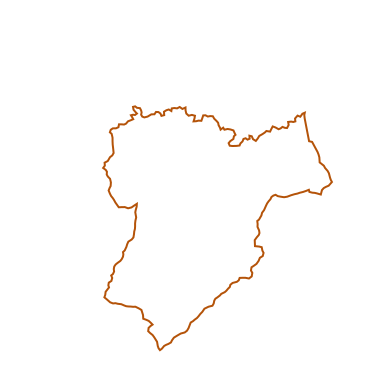 outline of São Pedro do Turvo, São Paulo, Brazil, rotated 226°
{"feature_id": "56859067B64478700052962", "entity_name": "São Pedro do Turvo", "entity_type": "district", "adm_level": 2, "iso_a3": "BRA", "parent_name": "Brazil", "parent_adm1": "São Paulo", "projection": "orthographic", "projection_center": [-49.764, -22.69], "detail": "fine", "context": "isolated", "style": "outline", "palette": "amber", "viewbox_px": 384, "rotation_deg": 226, "n_neighbors": 0, "source": "geoboundaries", "source_scale": "gbopen_adm2", "svg_char_len": 4038}
<svg xmlns="http://www.w3.org/2000/svg" viewBox="0 0 384 384"><g transform="rotate(226 192 192)"><path d="M145.2,72.9L142.3,73.7L137.5,71.3L134.7,68.9L131.9,70.3L129.4,71.3L126.4,71.5L124.0,71.5L124.4,69.1L124.4,66.4L122.3,63.8L119.6,63.9L116.5,64.3L113.7,63.9L108.5,62.8L105.0,60.4L102.8,59.4L100.5,59.1L100.2,61.4L100.6,65.0L100.0,67.3L99.1,69.5L98.4,72.4L99.2,74.5L99.8,77.8L99.0,81.5L98.0,85.6L96.0,89.2L95.7,92.1L96.5,95.0L98.1,98.4L99.0,100.4L98.4,103.0L98.3,105.2L97.9,108.1L98.1,110.6L98.5,113.1L98.6,116.1L99.4,119.9L98.0,124.2L96.0,127.7L96.7,130.1L98.4,132.6L99.0,134.7L98.6,136.8L98.2,140.2L98.4,142.3L97.2,146.0L97.1,148.1L97.4,150.9L97.4,153.2L98.6,155.1L98.4,158.0L96.2,161.9L96.0,164.3L97.1,166.6L95.4,168.5L93.2,170.8L90.2,172.9L89.8,176.3L91.9,179.2L94.6,179.9L96.5,182.5L96.0,185.1L95.5,188.4L96.2,192.1L97.5,195.1L96.8,198.4L98.5,201.2L100.9,201.9L103.9,203.8L106.1,202.4L109.3,199.7L112.0,202.1L113.8,203.7L114.4,207.1L114.7,210.2L115.6,212.0L117.8,213.6L121.4,214.9L123.4,217.0L125.8,218.8L125.6,221.0L126.9,225.6L128.4,228.0L128.9,231.2L130.8,235.9L131.6,238.1L132.1,240.7L132.3,243.3L133.2,245.7L132.9,248.1L131.9,250.2L129.5,250.8L127.2,252.4L124.3,254.6L122.5,257.2L120.9,260.9L119.2,264.2L117.6,266.8L116.6,269.0L114.9,271.9L113.5,274.9L112.4,277.6L110.5,276.5L107.9,278.1L106.1,279.7L104.2,280.9L100.7,282.9L103.1,286.8L103.3,289.5L102.7,291.8L101.6,294.7L102.0,299.6L104.4,300.3L106.5,301.3L110.4,303.5L113.0,304.2L116.8,304.4L119.3,305.1L124.6,304.4L128.5,307.7L131.1,309.1L133.5,310.1L144.6,313.2L147.2,311.5L166.7,324.2L169.4,326.3L170.7,328.2L171.6,325.8L170.9,322.2L173.6,321.0L173.3,317.2L171.0,315.4L172.0,313.5L173.8,312.2L175.6,309.8L173.1,308.1L172.0,304.8L173.6,303.4L176.0,302.3L176.2,299.9L177.0,297.9L180.4,296.9L183.1,295.6L182.3,293.1L181.2,290.1L184.2,287.9L184.2,285.7L184.7,282.9L185.6,279.3L184.8,276.4L184.4,273.4L187.6,272.6L190.6,273.7L192.6,272.4L190.3,270.5L191.1,268.3L193.4,267.9L194.4,265.9L193.3,263.5L193.3,260.6L192.4,258.5L194.2,256.1L197.0,253.0L199.1,251.3L201.7,252.3L202.0,254.9L201.4,258.6L203.0,260.9L202.9,263.0L205.1,263.7L207.5,264.6L210.3,263.1L212.6,261.4L214.3,258.6L216.6,259.1L217.0,255.9L218.8,256.8L221.5,257.5L223.7,258.9L226.3,259.0L229.3,258.9L232.0,259.6L234.0,257.8L235.3,255.8L237.8,255.0L239.3,253.3L237.9,250.6L236.7,248.2L238.8,246.3L240.0,244.2L241.7,242.2L243.2,244.9L244.8,247.1L247.5,245.5L249.2,242.6L252.4,242.4L255.1,244.0L257.3,246.0L258.4,242.8L261.7,242.2L262.5,239.4L264.7,237.6L266.2,235.5L264.6,233.4L267.5,232.6L268.6,230.4L269.2,227.6L266.6,225.4L268.0,222.9L270.4,223.8L272.8,223.4L274.6,221.7L274.0,219.0L276.1,216.7L277.1,212.4L278.8,209.5L280.8,208.6L282.9,209.1L284.3,211.1L286.1,212.1L288.5,212.8L290.8,210.9L293.1,210.6L294.2,208.7L291.8,207.1L288.8,206.9L286.7,206.9L287.0,204.5L288.5,203.3L289.6,201.4L287.2,200.9L285.2,200.3L286.1,197.9L287.3,195.1L287.0,192.0L287.7,190.0L289.2,188.7L291.4,186.5L289.7,184.1L290.6,181.6L292.8,179.2L293.2,176.8L292.0,174.4L289.7,174.6L287.8,173.5L286.2,172.5L283.7,170.1L281.2,167.9L279.1,166.3L276.9,164.6L274.5,162.7L273.7,160.1L274.0,157.2L272.8,152.9L273.8,149.5L271.5,147.6L271.0,144.8L267.8,145.3L265.7,144.9L263.8,142.8L261.6,142.2L258.4,142.2L255.2,140.3L252.8,137.6L252.2,135.7L251.0,133.1L247.8,131.8L245.2,131.0L242.8,130.8L240.6,130.4L237.7,129.6L234.5,129.1L231.9,128.7L229.7,131.2L227.8,133.2L224.7,134.7L222.9,137.8L222.4,141.0L221.8,144.1L219.9,142.0L218.2,139.1L216.8,137.1L214.3,135.4L212.5,134.2L210.7,131.4L208.8,129.1L206.8,127.2L205.1,125.3L203.7,123.0L201.9,120.9L200.0,118.3L199.7,115.7L200.5,111.7L199.4,109.0L198.1,106.7L196.7,103.0L196.7,100.6L194.9,99.4L193.4,97.4L192.5,94.8L192.2,92.6L192.7,89.1L192.9,86.7L192.4,84.3L190.9,82.2L188.9,80.7L187.9,78.1L188.1,75.9L185.6,74.9L184.0,72.2L184.6,69.2L183.0,67.0L181.0,66.0L180.7,63.9L180.2,60.5L178.3,58.2L177.1,55.8L174.4,56.1L169.5,56.5L166.7,57.8L165.2,59.7L163.1,61.0L160.4,63.2L157.5,64.4L155.6,65.3L154.0,66.6L152.2,68.3L150.3,69.9L148.8,71.6L145.2,72.9Z" fill="none" stroke="#b45309" stroke-width="2"/></g></svg>